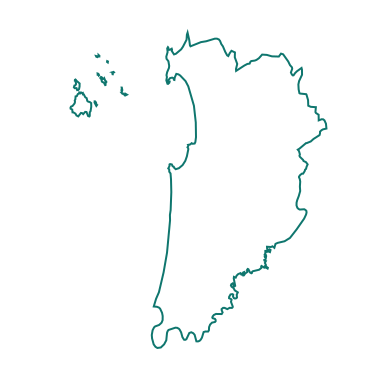 Tinh Gia, Thanh Hóa, Vietnam (Robinson projection), rotated 185°
{"feature_id": "81297802B97652803071493", "entity_name": "Tinh Gia", "entity_type": "district", "adm_level": 2, "iso_a3": "VNM", "parent_name": "Vietnam", "parent_adm1": "Thanh Hóa", "projection": "robinson", "projection_center": [105.829, 19.452], "detail": "fine", "context": "isolated", "style": "outline", "palette": "teal", "viewbox_px": 384, "rotation_deg": 185, "n_neighbors": 0, "source": "geoboundaries", "source_scale": "gbopen_adm2", "svg_char_len": 6017}
<svg xmlns="http://www.w3.org/2000/svg" viewBox="0 0 384 384"><g transform="rotate(185 192 192)"><path d="M210.3,350.4L210.8,348.3L210.7,343.2L213.7,335.9L215.2,333.2L220.1,328.3L221.9,327.5L224.4,330.7L224.3,332.1L224.7,333.0L226.5,331.7L227.5,331.6L228.3,333.9L228.6,334.2L229.2,332.9L228.5,329.3L229.4,324.6L229.0,322.5L226.9,320.2L225.7,315.6L225.8,313.5L227.2,309.2L227.6,306.2L227.0,304.3L227.3,301.0L225.9,297.7L225.3,297.6L224.1,298.9L223.9,300.0L225.3,299.9L225.5,301.1L223.7,303.6L221.7,304.2L220.4,303.8L219.8,302.2L219.3,302.1L219.2,304.5L217.9,308.3L215.7,308.0L213.9,307.0L208.1,301.9L204.9,296.9L197.6,278.1L194.3,261.6L192.8,247.0L193.0,242.1L193.6,240.5L195.6,240.1L196.6,240.6L197.8,239.3L200.0,238.6L199.6,238.0L200.4,236.1L199.6,235.3L199.4,234.2L200.2,227.1L201.4,222.4L203.7,218.0L207.1,214.6L210.2,213.3L211.8,214.5L212.4,215.6L213.5,215.9L214.5,217.7L216.3,217.9L216.8,217.5L216.7,215.8L217.7,213.4L216.7,212.6L216.4,210.2L215.0,208.6L214.0,202.7L212.6,190.0L211.7,172.1L212.0,167.2L211.4,161.9L211.6,129.3L213.3,109.4L216.2,89.3L218.5,82.4L220.1,74.6L217.0,74.6L214.9,74.0L213.6,73.0L211.3,69.0L210.4,65.9L210.1,61.8L210.9,59.2L212.1,57.8L213.3,56.6L217.0,54.9L218.0,53.8L219.2,50.8L219.6,46.0L219.0,42.6L216.9,36.9L214.9,34.6L212.9,33.6L209.5,34.4L206.5,37.8L204.7,42.0L204.6,49.5L204.2,51.1L203.4,52.5L196.7,55.4L194.9,55.4L193.1,54.6L192.3,53.8L190.6,51.2L188.9,46.6L187.1,44.2L186.0,44.1L184.8,44.8L182.4,51.3L180.5,52.2L178.4,51.4L176.9,49.9L174.6,43.6L172.9,43.7L171.5,44.4L170.4,45.7L169.4,47.8L168.2,53.5L166.5,54.2L163.8,54.4L163.1,55.7L163.2,58.9L162.4,61.5L160.7,63.6L157.8,64.5L157.2,65.3L157.3,66.6L158.1,67.6L160.4,68.1L160.8,68.6L160.6,69.8L159.5,71.4L157.5,72.6L151.8,73.0L151.0,74.7L152.1,76.7L152.3,77.9L150.9,79.3L149.4,79.4L146.6,78.4L144.4,79.9L142.1,80.0L141.5,80.6L141.4,81.4L143.6,86.0L143.2,88.1L143.9,88.8L145.8,89.4L145.9,90.7L144.7,93.3L142.9,93.8L142.0,93.4L142.0,91.4L141.1,90.0L139.9,89.6L138.5,90.1L138.0,90.8L138.5,93.7L137.6,96.0L140.8,97.7L142.2,99.9L144.3,101.1L145.1,102.3L144.8,103.5L143.4,104.6L142.7,104.1L142.6,102.7L142.1,101.8L141.3,101.8L140.8,102.3L142.9,109.6L142.8,111.1L141.0,110.5L140.3,112.5L138.9,114.2L136.6,115.4L135.8,114.1L135.3,114.0L133.9,116.4L133.3,116.7L134.0,113.9L133.7,113.3L133.0,113.5L131.9,115.5L129.9,117.2L130.4,119.1L129.8,120.2L129.1,120.0L127.2,116.9L125.8,116.2L125.3,116.5L125.1,117.8L124.4,118.4L118.4,120.4L116.3,122.4L116.6,124.0L116.3,124.4L113.4,122.9L111.8,123.2L110.0,122.3L109.8,123.1L112.7,124.8L112.0,125.7L113.2,127.7L112.4,129.6L113.8,129.9L114.1,130.5L113.2,131.0L112.8,131.6L112.6,133.8L113.7,133.5L113.9,133.9L112.8,134.9L112.8,135.5L113.1,135.9L113.8,135.6L114.2,135.8L113.6,137.3L113.8,139.7L113.1,139.8L112.2,138.9L110.7,139.4L109.1,138.9L108.7,141.1L109.8,141.7L111.5,140.6L112.2,141.9L112.5,144.0L108.5,144.1L107.1,144.9L105.1,143.6L104.3,147.6L102.2,148.8L95.5,151.0L90.4,154.8L84.5,163.9L78.0,175.2L76.4,179.5L76.1,181.5L76.4,183.1L77.4,184.0L78.7,184.6L83.1,183.9L84.4,184.4L85.7,185.5L86.7,187.7L86.9,190.5L86.5,193.0L85.3,197.2L84.3,202.4L85.0,206.8L85.1,211.8L85.8,214.4L86.7,216.0L86.7,216.7L85.6,218.5L84.0,219.9L83.0,219.9L82.3,221.1L81.5,222.8L81.3,224.1L80.4,225.0L80.1,227.0L79.2,229.6L81.1,231.7L83.6,232.6L84.1,233.6L87.5,236.4L88.1,237.4L87.8,238.9L89.0,242.1L90.3,243.4L88.9,244.4L82.7,250.6L82.0,250.7L78.1,252.7L75.6,255.4L69.9,259.8L69.6,261.4L69.7,263.3L68.3,264.9L67.0,265.8L63.6,266.9L64.5,271.7L66.3,274.9L67.6,275.8L69.1,275.8L72.0,274.4L72.6,280.0L75.4,281.5L76.0,282.4L76.0,287.3L81.1,287.2L83.7,288.1L84.4,293.7L86.5,299.1L86.8,299.4L92.9,299.5L93.6,299.8L94.7,303.5L95.4,308.4L95.0,311.8L92.6,318.4L93.1,323.4L93.7,325.1L98.0,321.4L99.7,319.4L101.0,317.1L101.6,316.9L102.7,317.7L103.9,319.7L102.9,323.4L103.3,324.9L105.4,326.9L107.5,330.4L113.2,337.1L115.4,337.6L117.3,334.5L124.2,334.1L129.4,335.1L134.1,335.0L137.0,331.1L139.3,329.2L140.9,328.4L144.4,327.6L145.2,326.7L145.8,324.9L148.0,324.4L150.8,322.6L158.6,316.5L158.9,318.3L158.1,323.5L161.1,329.9L161.4,334.8L165.0,336.1L166.5,333.6L167.7,330.6L168.9,331.2L171.1,334.5L173.9,339.8L175.7,341.9L177.2,344.9L178.5,346.3L180.4,346.9L182.7,346.7L191.0,343.4L196.1,342.1L206.2,337.0L206.8,337.8L208.0,343.2L210.3,350.4ZM317.7,261.3L314.9,259.9L313.8,258.2L311.9,257.4L309.5,261.1L308.3,261.0L307.2,260.1L305.4,262.5L304.1,262.5L302.1,258.6L300.9,258.3L300.5,258.9L300.8,262.5L300.1,263.7L299.8,268.1L300.2,271.8L301.8,272.8L303.2,272.9L304.3,273.7L305.1,276.3L306.6,277.1L308.3,279.8L309.1,279.7L309.4,281.2L309.9,281.0L311.2,281.5L311.6,280.5L312.1,280.4L313.0,281.2L313.2,280.2L314.3,279.6L315.1,277.5L316.3,277.1L316.3,274.1L316.8,272.9L316.4,271.6L316.7,270.0L318.5,267.3L320.0,266.5L320.4,265.3L320.2,264.4L318.5,263.7L317.8,260.1L317.7,261.3ZM316.1,285.4L315.3,283.5L314.2,283.8L313.5,284.7L313.2,287.2L313.4,290.3L316.4,292.5L317.2,292.7L317.3,293.4L317.9,293.9L318.4,293.5L318.4,292.6L317.7,292.3L316.9,289.4L317.6,288.0L318.4,287.8L318.8,286.0L317.9,285.2L316.1,285.4ZM289.4,293.4L287.8,290.9L287.5,291.0L287.5,293.4L286.9,294.1L287.1,294.7L288.1,295.2L289.2,297.4L289.4,296.9L289.9,296.9L292.2,298.6L292.7,298.6L293.3,297.6L291.6,295.8L291.8,295.3L291.4,294.2L290.8,293.7L289.4,293.4ZM296.9,272.6L294.8,269.4L294.2,270.4L295.4,271.0L295.1,271.8L295.5,272.9L296.6,273.9L296.9,273.8L296.7,273.2L296.9,272.6ZM267.8,282.9L267.5,282.4L266.9,282.3L265.3,283.3L267.2,284.2L267.8,282.9ZM271.2,289.9L270.9,288.5L271.2,287.4L270.9,286.2L270.6,286.1L270.3,287.4L271.0,289.9L271.2,289.9ZM295.2,300.5L295.0,299.9L294.7,300.2L295.6,301.6L296.4,301.8L296.2,300.5L295.2,300.5ZM299.1,318.4L297.9,318.1L297.1,318.9L297.4,319.3L297.7,318.8L299.5,319.1L299.1,318.4ZM287.9,315.0L288.0,314.2L287.2,313.7L287.1,314.7L287.9,315.0ZM297.0,320.3L296.8,319.1L296.1,319.0L296.1,319.6L297.0,320.3ZM281.6,304.4L280.6,304.2L280.2,304.4L280.6,304.8L281.6,304.4ZM281.8,303.7L281.4,302.4L281.2,302.4L281.3,303.6L281.8,303.7ZM270.3,284.2L269.9,283.8L269.1,283.7L269.3,284.1L270.3,284.2Z" fill="none" stroke="#0f766e" stroke-width="2"/></g></svg>